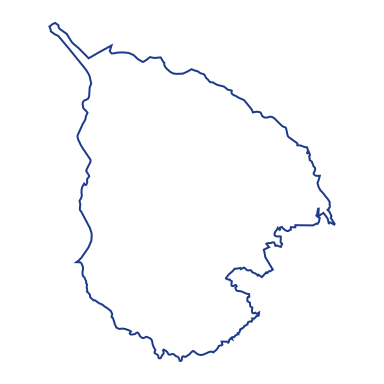 Ngoc Lac, Thanh Hóa, Vietnam (Albers equal-area conic projection)
{"feature_id": "81297802B82512093072214", "entity_name": "Ngoc Lac", "entity_type": "district", "adm_level": 2, "iso_a3": "VNM", "parent_name": "Vietnam", "parent_adm1": "Thanh Hóa", "projection": "albers", "projection_center": [105.393, 20.068], "detail": "fine", "context": "isolated", "style": "outline", "palette": "blue", "viewbox_px": 384, "rotation_deg": 0, "n_neighbors": 0, "source": "geoboundaries", "source_scale": "gbopen_adm2", "svg_char_len": 5941}
<svg xmlns="http://www.w3.org/2000/svg" viewBox="0 0 384 384"><path d="M50.8,31.4L55.0,34.4L58.2,35.9L67.5,46.9L83.5,66.6L86.3,70.2L88.6,74.0L89.6,76.2L91.2,83.5L89.7,87.4L89.2,95.4L88.8,97.3L88.2,98.6L86.4,99.7L84.4,100.4L83.5,101.2L82.7,103.0L82.5,104.3L82.9,105.3L83.1,107.6L84.1,109.1L85.8,110.6L87.5,112.8L85.9,116.2L85.6,118.6L84.7,120.8L82.9,123.7L77.6,135.4L77.5,136.8L78.3,139.8L81.0,145.4L83.3,149.1L90.4,159.6L90.6,160.7L90.4,162.0L86.7,169.3L86.2,171.0L89.0,175.4L89.2,176.4L88.3,177.7L87.3,178.7L87.1,179.4L87.2,182.5L86.2,184.9L85.3,184.9L84.6,184.6L84.1,183.7L83.5,184.6L82.1,187.4L81.6,189.7L81.5,192.9L81.9,195.4L81.1,198.2L79.5,200.9L80.3,204.1L79.8,208.9L80.0,210.0L81.6,212.3L89.9,228.0L91.5,233.0L91.7,235.1L91.5,239.1L91.2,241.1L88.4,247.6L81.4,257.7L78.8,260.4L76.4,262.2L79.6,262.3L80.6,262.5L81.3,263.2L82.7,266.1L83.1,268.6L82.5,272.1L82.6,274.8L82.9,275.8L84.4,277.4L86.2,281.6L86.1,282.9L87.0,284.5L86.7,287.2L87.3,290.6L86.9,291.5L88.5,293.0L89.9,294.8L90.2,297.3L93.3,300.1L93.6,300.4L95.1,300.3L99.2,303.4L100.1,303.5L101.5,304.4L102.3,304.5L103.6,305.7L105.6,307.2L106.8,307.8L110.7,310.9L111.2,311.7L112.2,314.1L111.6,317.1L113.0,318.1L113.4,319.6L114.4,322.3L114.5,323.4L116.3,327.5L118.9,328.9L122.8,328.6L125.3,329.0L129.3,330.5L130.9,331.4L130.1,332.5L129.8,333.3L130.1,334.1L130.6,334.4L131.5,334.6L135.0,334.1L136.4,332.8L137.2,332.6L137.9,332.8L138.4,333.2L140.1,336.2L141.5,337.5L142.7,338.0L143.7,338.0L146.1,336.9L147.0,336.9L150.7,338.7L151.7,340.1L152.1,341.1L152.6,344.1L153.5,346.7L155.4,350.2L154.6,351.9L154.6,353.0L157.7,355.0L158.1,355.6L158.6,357.9L159.0,358.3L160.5,358.2L161.0,357.6L161.8,355.8L163.6,353.5L163.6,352.3L163.1,350.2L163.7,349.6L166.4,351.2L167.5,352.4L167.7,353.0L168.6,354.4L169.9,354.7L172.3,354.0L173.7,354.2L176.0,356.3L176.9,356.4L178.2,357.1L179.1,358.6L179.6,360.6L180.3,361.0L180.9,361.0L181.8,359.8L182.1,357.3L182.6,356.5L183.2,356.3L185.1,356.9L185.6,356.8L189.1,354.6L191.9,351.7L193.1,351.0L193.6,351.1L197.5,354.1L199.4,354.8L200.9,355.0L203.3,354.6L209.4,351.9L211.1,351.6L212.2,351.8L213.2,352.4L215.9,350.3L218.0,347.8L218.8,345.9L222.1,345.1L222.4,344.7L221.6,341.6L227.2,341.7L228.0,342.7L228.5,342.6L229.4,339.6L230.3,339.2L230.7,338.2L231.0,338.2L232.1,339.0L231.7,337.8L232.1,337.2L234.1,337.1L234.5,336.8L235.3,335.5L236.6,335.0L237.4,334.1L238.3,334.2L238.0,333.2L238.6,333.3L239.1,332.4L239.6,331.9L240.3,329.2L240.8,328.9L241.5,329.1L242.1,328.2L243.6,327.5L244.0,327.0L244.3,325.9L245.7,325.6L246.6,324.5L247.4,324.5L247.7,323.8L247.9,322.5L248.3,322.0L250.2,321.4L251.6,321.7L251.9,320.4L252.7,319.8L252.7,319.3L252.2,318.5L254.4,318.5L256.5,316.1L258.5,315.7L258.9,314.4L259.1,312.5L257.0,313.8L256.5,313.8L255.4,312.7L254.0,313.2L252.8,313.2L252.1,312.3L251.9,310.5L252.4,307.7L251.9,307.3L250.9,306.9L250.2,306.1L249.9,302.7L247.4,301.1L247.4,297.8L248.0,297.0L249.0,297.0L249.3,296.8L249.1,294.1L246.9,293.8L240.8,291.2L237.4,290.9L236.6,290.6L236.0,289.7L235.5,288.3L235.4,287.9L236.7,286.2L236.1,285.2L235.3,285.0L233.2,286.1L232.0,286.0L231.4,285.2L231.8,281.2L230.3,280.4L229.8,279.5L228.0,279.5L225.9,278.5L225.9,278.2L228.9,274.3L232.8,271.0L234.4,268.9L240.5,268.1L240.8,269.1L244.1,267.6L244.8,268.0L246.8,270.1L248.2,270.4L250.7,270.2L251.6,271.0L252.0,271.9L252.8,272.5L254.4,273.0L257.0,274.5L257.6,275.6L258.0,275.6L258.6,274.8L261.9,277.1L266.1,272.5L266.5,273.1L267.5,272.9L268.6,271.4L269.1,271.2L270.1,271.3L272.8,269.6L265.3,257.2L264.6,253.0L263.8,249.7L269.1,247.1L267.4,245.3L266.4,243.7L267.9,243.2L270.9,243.0L272.2,242.4L274.2,242.5L275.5,245.9L277.0,245.4L278.3,246.1L280.9,246.9L281.2,245.8L282.2,244.1L281.9,243.4L280.8,242.7L280.6,242.3L280.8,236.6L279.9,236.3L277.6,236.5L276.3,236.3L274.8,235.5L274.5,234.7L274.5,233.7L275.0,232.8L274.9,232.3L276.8,229.8L277.9,227.8L278.9,229.2L279.7,229.9L280.1,229.5L280.1,227.6L281.9,226.9L282.9,228.2L285.1,230.1L287.0,231.0L288.3,231.0L290.3,229.6L290.7,229.7L290.8,227.2L295.3,227.3L295.4,225.2L313.0,225.4L316.5,223.6L317.4,223.9L319.1,221.7L319.3,219.8L319.8,218.1L318.4,217.3L316.7,215.9L316.4,215.4L317.4,213.6L317.4,212.0L318.1,211.5L317.8,210.6L317.9,210.4L317.9,209.3L318.3,208.6L318.7,208.6L318.4,214.7L318.7,215.9L318.8,216.0L323.4,212.9L326.7,217.2L327.9,219.3L328.7,223.2L329.0,223.4L329.9,222.4L330.3,222.4L334.2,224.6L334.6,223.9L330.7,217.7L331.5,216.2L330.0,212.9L329.5,211.9L327.6,209.9L328.6,209.3L328.4,209.0L328.6,208.5L329.7,207.3L329.9,206.0L329.6,204.4L329.7,202.3L329.3,201.3L327.8,199.1L322.6,192.6L320.4,190.3L318.6,187.0L317.5,182.9L318.6,180.2L319.8,175.8L317.3,175.9L316.0,175.7L315.1,175.4L313.9,174.3L313.6,173.1L314.9,170.7L315.2,168.9L315.1,168.1L313.3,165.9L313.1,164.6L312.3,163.1L311.9,161.7L309.6,159.9L309.7,158.3L309.1,156.5L309.9,155.3L309.8,154.3L308.8,151.9L307.5,153.3L307.1,153.0L307.9,150.9L307.8,149.5L306.9,147.2L305.0,147.2L300.6,145.5L297.3,145.3L297.3,143.3L288.8,137.2L287.9,136.1L287.4,134.7L286.2,128.7L285.6,127.5L283.1,126.6L282.0,125.9L274.2,118.2L272.2,117.0L270.9,116.8L269.8,116.7L267.5,117.5L265.0,117.6L263.8,117.2L262.1,115.9L261.5,114.2L260.5,112.5L259.9,112.2L256.7,111.7L252.8,112.4L252.3,110.7L250.9,108.4L244.4,100.5L243.4,99.8L238.9,97.8L235.8,96.0L232.6,94.5L231.8,93.6L231.5,92.7L231.7,90.6L227.4,89.5L225.2,87.5L224.3,86.8L222.7,86.2L219.4,85.5L216.3,84.4L212.8,82.4L210.2,82.1L208.9,80.9L208.1,79.7L206.0,77.8L204.7,75.2L203.8,74.2L200.4,73.2L197.7,71.3L195.2,70.7L191.5,69.2L188.2,71.2L183.0,73.6L176.7,73.9L174.1,73.6L172.6,73.2L169.9,71.6L166.0,68.0L164.5,65.8L164.2,63.4L164.3,62.7L163.4,62.1L161.0,57.9L160.5,57.4L154.4,58.0L150.0,57.1L146.9,59.6L143.4,61.8L142.7,61.9L138.0,59.2L133.5,55.0L128.5,52.9L123.2,52.4L120.3,52.5L117.3,52.6L114.9,53.2L111.8,53.5L110.1,51.7L109.8,51.0L111.5,45.5L98.8,52.4L88.7,58.3L78.6,48.1L73.2,43.6L71.7,42.0L66.7,33.9L59.7,28.9L58.8,27.8L58.3,25.1L55.1,23.0L52.9,23.9L49.4,26.6L50.0,27.7L50.7,29.7L50.8,31.4Z" fill="none" stroke="#1e3a8a" stroke-width="2"/></svg>